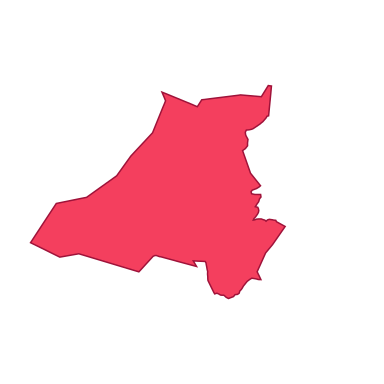 Cocal, Piauí, Brazil, rotated 34°
{"feature_id": "56859067B44151936465975", "entity_name": "Cocal", "entity_type": "district", "adm_level": 2, "iso_a3": "BRA", "parent_name": "Brazil", "parent_adm1": "Piauí", "projection": "robinson", "projection_center": [-41.456, -3.429], "detail": "fine", "context": "isolated", "style": "filled", "palette": "rose", "viewbox_px": 384, "rotation_deg": 34, "n_neighbors": 0, "source": "geoboundaries", "source_scale": "gbopen_adm2", "svg_char_len": 1835}
<svg xmlns="http://www.w3.org/2000/svg" viewBox="0 0 384 384"><g transform="rotate(34 192 192)"><path d="M111.3,126.0L116.2,129.2L119.1,131.2L119.9,134.9L120.5,138.0L126.2,165.0L121.2,196.4L120.5,220.7L107.6,255.4L102.7,260.3L85.9,277.4L86.2,302.4L86.5,324.3L118.8,319.9L120.6,318.2L132.7,306.5L156.5,299.1L192.6,287.9L192.9,286.1L195.7,267.1L196.7,265.5L197.9,264.6L199.4,264.2L201.1,263.8L202.5,263.1L207.8,261.3L216.0,258.5L217.9,257.9L237.4,251.2L231.6,248.4L239.5,243.6L241.8,242.2L243.3,243.0L244.3,244.1L245.4,245.2L246.5,246.3L247.8,247.7L249.4,249.1L250.8,251.4L252.6,253.6L253.7,255.2L254.8,256.5L260.2,259.6L266.3,263.1L267.8,263.8L269.2,262.0L270.9,261.6L273.2,261.5L274.6,260.8L276.0,259.8L277.4,259.9L279.2,260.2L281.8,259.9L284.9,255.5L285.1,253.0L287.0,251.4L287.7,249.6L287.0,247.3L287.4,245.3L287.4,243.5L287.2,241.3L287.7,235.3L288.8,232.1L289.8,230.0L293.0,228.5L294.5,227.9L295.9,227.5L298.1,226.1L295.1,224.3L290.6,221.7L287.1,201.3L288.2,190.5L288.5,168.5L278.6,169.4L277.3,168.6L275.5,169.6L274.1,170.1L272.7,170.8L271.4,171.4L270.2,172.9L269.7,174.8L268.0,174.6L266.6,175.1L264.5,175.6L262.4,177.0L260.6,178.5L259.6,180.0L258.5,181.0L258.2,179.5L258.6,177.2L258.7,174.0L258.5,171.9L257.8,170.1L256.5,168.8L255.1,167.9L252.7,168.8L252.6,165.5L252.7,162.8L251.8,159.9L252.0,157.6L250.3,155.7L245.3,159.0L242.4,160.1L240.8,158.8L240.9,156.8L243.6,153.0L244.8,150.4L245.3,148.5L230.0,143.7L210.8,129.4L212.0,126.0L212.2,122.6L210.6,120.3L209.0,117.1L205.7,115.4L204.5,114.6L202.8,112.7L202.4,110.3L204.6,108.5L206.4,106.6L207.3,105.2L210.4,97.5L210.8,95.9L211.4,94.1L212.0,88.9L211.8,87.3L212.9,86.0L202.4,66.6L198.6,59.7L195.7,61.1L196.2,74.2L177.9,84.4L176.4,85.8L148.5,110.1L148.7,116.7L148.7,118.3L146.9,118.7L143.5,119.3L115.8,125.0L111.3,126.0Z" fill="#f43f5e" stroke="#9f1239" stroke-width="1.5"/></g></svg>